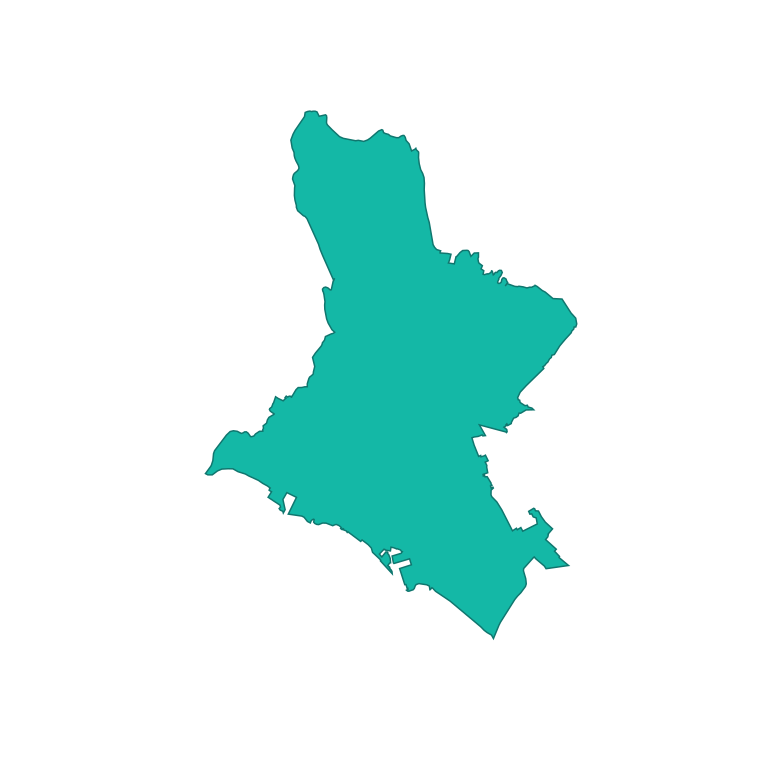 Kota Cirebon, Jawa Barat, Indonesia (orthographic projection), rotated 151°
{"feature_id": "22746128B80288264799633", "entity_name": "Kota Cirebon", "entity_type": "district", "adm_level": 2, "iso_a3": "IDN", "parent_name": "Indonesia", "parent_adm1": "Jawa Barat", "projection": "orthographic", "projection_center": [108.552, -6.744], "detail": "fine", "context": "isolated", "style": "filled", "palette": "teal", "viewbox_px": 768, "rotation_deg": 151, "n_neighbors": 0, "source": "geoboundaries", "source_scale": "gbopen_adm2", "svg_char_len": 6171}
<svg xmlns="http://www.w3.org/2000/svg" viewBox="0 0 768 768"><g transform="rotate(151 384 384)"><path d="M575.4,396.0L583.6,392.2L582.1,389.9L578.3,387.8L571.7,388.7L567.1,388.2L561.5,385.5L557.2,383.0L554.2,378.1L548.9,372.5L546.9,369.2L540.7,360.8L538.2,355.8L535.4,351.4L534.0,348.2L534.8,347.9L536.0,346.7L534.6,344.3L540.3,341.1L533.7,328.5L534.2,326.5L536.1,325.9L535.9,324.0L534.2,321.7L534.6,320.0L531.4,322.0L528.4,332.0L521.6,336.1L515.5,327.3L530.8,316.6L519.9,308.3L518.5,306.2L517.6,300.9L515.8,298.2L514.1,299.6L512.2,300.1L511.0,299.8L510.8,299.3L512.5,297.3L512.2,295.7L511.0,293.9L509.3,292.7L505.2,292.2L502.1,290.4L497.5,284.9L495.0,284.7L493.6,284.1L491.8,281.7L491.0,279.2L492.0,278.6L491.3,277.1L490.0,277.4L489.7,276.9L490.3,276.3L488.2,273.8L488.1,272.0L487.2,272.2L480.7,257.6L478.8,258.2L475.7,251.1L474.6,246.8L475.6,242.3L472.5,232.6L472.3,231.4L472.9,231.0L468.8,214.1L467.9,216.2L467.9,217.8L468.4,219.8L468.0,220.2L468.3,220.9L467.9,221.3L468.8,223.3L465.8,224.7L464.9,224.4L463.1,228.5L462.6,232.7L463.1,234.1L462.4,234.8L462.7,235.5L463.8,236.2L469.7,233.8L470.5,237.5L464.1,239.5L463.4,238.8L463.5,238.2L459.3,234.9L457.0,237.9L454.7,235.9L452.8,233.5L452.3,233.5L450.0,230.8L449.9,229.1L449.3,228.5L451.1,227.6L460.3,229.6L462.5,223.0L462.3,222.2L446.4,218.7L447.7,212.6L459.8,215.0L463.1,198.4L462.0,197.9L462.8,194.2L462.2,194.0L462.5,192.8L464.3,192.8L463.8,191.5L462.7,190.7L458.2,189.9L456.6,190.5L454.7,192.2L453.1,193.0L450.2,192.5L444.0,187.7L442.3,185.3L443.6,181.8L443.2,181.7L440.9,182.6L440.4,181.7L439.4,177.7L431.5,162.2L417.1,124.8L415.8,120.0L414.3,116.6L411.7,112.3L411.7,108.3L400.4,117.3L397.6,119.2L374.1,132.1L370.2,133.7L365.5,135.1L358.5,138.3L356.5,140.2L355.3,142.9L354.4,145.1L352.6,153.0L351.3,154.9L337.8,159.6L336.5,159.9L336.0,157.6L332.0,147.0L331.8,143.9L310.6,135.8L315.0,147.3L314.1,148.1L315.9,155.1L313.4,156.0L318.1,169.6L314.8,170.9L313.1,172.9L313.2,173.2L306.8,175.6L309.9,185.0L310.7,191.7L310.5,198.0L313.0,199.7L312.7,201.8L313.3,202.7L319.2,202.5L319.5,199.4L317.8,198.8L317.9,195.4L315.8,193.1L317.8,187.3L334.0,188.0L333.9,192.1L338.1,191.9L338.1,193.6L342.8,193.3L342.0,216.8L342.5,226.2L344.4,233.3L344.1,235.3L341.8,239.2L338.8,240.0L338.8,241.0L340.7,241.0L340.3,243.2L338.7,243.1L338.8,244.8L338.4,245.5L338.7,252.9L340.7,253.9L340.4,255.3L341.7,255.4L341.2,256.9L336.3,256.1L334.5,261.5L333.5,263.0L333.4,266.6L330.1,266.4L329.8,272.6L331.4,272.6L334.5,273.3L334.1,274.6L336.3,274.8L334.8,286.9L333.2,294.3L330.7,293.9L327.1,292.5L322.9,291.9L322.6,291.5L322.7,290.7L320.3,289.7L320.4,302.0L300.6,282.9L300.5,282.2L299.5,282.5L298.7,284.7L300.0,288.1L297.3,288.3L297.3,289.1L295.9,289.6L295.9,287.7L291.9,287.7L291.0,288.8L287.2,291.3L284.7,290.8L282.2,291.1L280.0,293.1L278.6,292.2L272.3,292.4L265.6,288.9L266.3,291.2L269.1,294.0L268.9,295.9L271.2,296.7L273.9,301.8L273.2,304.1L274.2,305.1L273.7,307.3L268.9,310.8L260.4,313.6L236.7,320.1L236.7,322.1L234.7,322.2L231.7,323.5L230.4,323.6L227.0,325.7L224.8,326.1L223.3,327.8L220.7,327.2L211.7,332.2L203.6,335.3L195.5,338.0L194.0,339.3L191.5,340.0L190.0,341.7L188.6,340.9L186.3,343.1L184.4,348.6L186.0,355.4L187.1,372.0L194.8,376.8L198.4,386.2L200.3,389.1L202.7,394.9L204.0,397.0L204.2,396.8L208.2,397.1L209.5,398.0L212.4,398.7L215.2,401.5L218.6,404.1L220.0,404.4L222.3,406.0L227.7,412.2L230.5,410.9L226.6,412.8L226.8,414.1L226.4,416.7L227.4,418.5L228.4,419.1L230.1,418.5L232.0,416.3L233.1,416.0L234.7,416.1L235.5,417.4L234.9,418.4L232.7,420.0L232.5,420.7L229.1,422.2L226.5,424.2L226.3,426.4L227.7,427.4L229.1,427.5L231.1,426.7L232.0,427.5L232.9,427.5L234.5,426.6L235.5,426.5L234.6,430.2L235.1,430.8L236.4,429.7L239.0,429.6L239.9,429.9L240.2,430.3L243.3,431.0L244.1,432.0L241.8,434.7L243.3,437.6L240.6,439.8L242.3,443.6L242.2,445.0L241.1,448.1L239.9,449.1L237.8,452.9L241.6,454.8L246.1,453.5L245.4,458.5L245.7,459.9L246.6,460.7L250.5,462.6L253.8,462.1L258.5,460.3L259.3,460.4L264.3,455.0L269.0,458.6L266.5,460.7L262.5,465.0L265.1,467.3L271.4,471.4L271.0,472.2L269.9,473.0L272.8,476.1L273.5,479.1L273.5,482.1L266.1,503.4L265.0,508.3L262.0,518.3L260.3,522.5L254.6,534.5L251.4,539.8L248.9,545.2L248.1,549.4L248.0,553.7L246.4,559.6L244.1,565.2L241.7,569.2L241.3,570.2L242.2,573.3L241.9,574.7L243.5,574.3L246.9,574.5L245.6,581.9L246.6,586.3L245.8,589.5L246.0,591.6L246.8,592.2L248.9,592.6L251.7,592.3L253.8,593.5L258.2,597.9L259.1,600.2L261.4,602.4L262.5,604.1L262.0,606.5L262.6,607.5L266.1,607.9L276.7,605.7L280.0,605.4L284.1,606.0L288.4,609.6L290.9,610.5L300.5,618.6L303.0,621.9L306.1,631.4L307.8,637.6L307.9,639.3L307.5,640.6L304.9,644.7L304.2,646.7L304.7,647.8L310.9,649.6L310.7,654.5L312.0,656.0L314.0,657.1L315.0,657.2L316.5,658.6L318.7,659.4L321.3,659.7L323.9,656.4L338.7,649.0L342.4,646.6L347.2,642.5L349.9,634.9L350.4,630.2L351.8,627.2L352.4,625.0L352.8,621.9L352.9,616.8L353.4,614.7L354.0,613.7L355.3,612.9L356.5,612.4L360.2,611.7L361.6,611.0L363.3,609.3L364.6,607.6L365.8,600.6L367.1,598.9L371.0,592.3L372.7,588.0L374.1,582.6L375.0,581.0L375.5,577.4L372.9,570.2L371.8,568.9L371.2,566.0L373.5,538.0L374.6,532.7L375.4,526.0L377.8,499.0L375.9,500.5L377.8,498.9L378.5,498.7L384.4,492.0L385.4,492.3L386.5,495.3L388.1,497.1L389.9,497.5L391.8,496.8L392.5,495.0L392.4,494.3L393.1,491.5L395.7,484.6L397.6,481.9L399.6,477.9L402.6,468.8L403.3,464.3L403.2,456.7L402.0,453.2L403.7,452.9L405.9,453.4L412.2,453.9L414.8,451.2L417.9,449.9L418.9,448.7L420.5,447.6L429.0,444.3L433.6,441.9L436.1,432.9L439.8,428.9L440.9,427.3L441.7,426.8L445.7,426.1L447.2,425.1L451.0,421.4L452.4,418.8L454.8,420.0L457.6,420.8L460.8,422.5L463.7,421.7L471.8,417.0L471.0,418.1L472.8,419.3L474.6,419.3L475.4,420.8L477.2,420.0L476.8,419.1L478.8,418.7L480.2,418.0L480.0,417.7L483.5,422.6L485.0,425.4L489.8,421.0L490.5,420.8L493.4,418.3L495.9,417.9L496.6,417.2L496.6,415.3L494.6,411.1L495.0,410.8L500.8,410.6L503.3,409.2L505.7,406.7L510.0,406.0L510.9,403.7L512.1,402.9L512.9,401.5L515.9,403.0L520.6,402.6L523.0,401.6L525.3,402.1L526.2,402.7L526.7,407.0L527.6,408.9L529.1,409.7L531.3,409.6L532.8,410.0L535.3,413.8L538.4,416.1L541.6,417.0L546.6,415.7L564.5,407.8L566.8,405.8L570.8,400.0L574.2,396.8L575.4,396.0Z" fill="#14b8a6" stroke="#0f766e" stroke-width="1.5"/></g></svg>